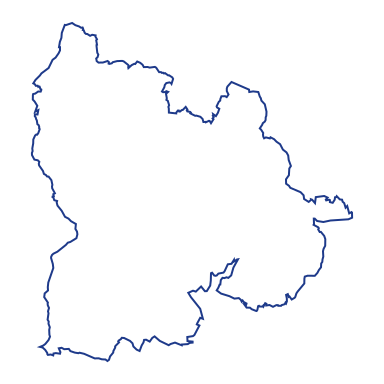 Unguras, Cluj, Romania (Mercator projection)
{"feature_id": "2599482B84898659298862", "entity_name": "Unguras", "entity_type": "district", "adm_level": 2, "iso_a3": "ROU", "parent_name": "Romania", "parent_adm1": "Cluj", "projection": "mercator", "projection_center": [24.051, 47.095], "detail": "fine", "context": "isolated", "style": "outline", "palette": "blue", "viewbox_px": 384, "rotation_deg": 0, "n_neighbors": 0, "source": "geoboundaries", "source_scale": "gbopen_adm2", "svg_char_len": 5836}
<svg xmlns="http://www.w3.org/2000/svg" viewBox="0 0 384 384"><path d="M47.9,354.9L50.8,354.5L53.2,355.4L53.5,353.5L55.8,353.1L60.0,353.7L60.4,352.1L58.8,348.3L61.6,347.8L64.2,349.2L68.8,348.9L70.4,351.1L74.8,352.6L78.4,353.2L79.5,352.7L84.1,353.8L94.7,358.4L98.7,358.3L101.8,359.3L105.5,359.5L107.4,361.0L109.0,359.8L110.1,356.4L113.2,352.6L113.4,351.0L115.2,347.6L115.1,346.6L115.5,345.9L119.0,342.4L118.2,341.4L118.6,340.6L120.8,339.2L121.8,337.8L124.1,338.0L130.0,340.9L132.5,343.3L133.4,346.5L136.6,349.6L139.6,351.0L141.7,345.4L143.5,342.4L144.1,339.9L146.1,339.7L149.7,341.6L152.3,337.9L154.6,336.4L159.8,340.9L168.7,345.2L170.6,344.0L175.0,342.6L181.8,345.3L181.9,344.5L187.8,344.1L189.7,342.9L192.6,342.6L192.6,341.6L187.5,341.1L187.3,337.0L193.0,336.1L194.4,335.0L199.4,325.5L196.8,324.4L197.3,323.2L200.2,317.8L202.9,318.8L200.2,308.8L190.9,297.1L188.3,292.8L193.0,290.7L195.8,291.6L201.1,286.5L204.9,291.2L206.8,291.1L210.2,285.6L210.8,280.6L211.0,273.2L212.1,272.7L214.2,275.5L215.5,275.8L216.7,275.5L218.4,273.6L223.5,272.6L224.6,271.2L227.8,264.3L231.5,263.8L234.0,259.8L234.2,261.4L236.9,259.5L238.0,259.3L233.4,267.6L231.2,275.4L228.3,277.9L226.5,277.3L224.4,278.1L222.5,277.8L220.8,280.1L220.3,284.5L219.6,284.6L218.4,287.6L216.7,290.4L221.1,293.6L229.5,296.2L234.4,298.6L238.8,298.1L240.8,299.8L241.7,301.6L242.6,300.5L243.7,302.0L246.5,303.5L246.2,304.7L244.2,304.3L246.6,307.6L250.0,307.7L251.7,309.2L256.0,310.9L256.6,311.0L257.4,309.8L258.1,306.2L259.0,305.8L259.6,306.5L262.5,306.6L263.2,305.7L263.5,306.4L265.2,303.2L266.4,303.8L266.3,305.5L269.5,305.0L273.0,306.8L276.4,305.1L277.9,305.1L278.2,305.8L281.1,305.8L281.7,305.1L284.7,304.2L285.5,302.6L286.1,303.4L286.9,301.2L286.8,298.2L286.1,294.9L287.8,294.1L288.8,296.9L289.5,296.5L291.7,299.5L294.6,297.8L295.3,296.9L296.4,293.4L297.6,291.6L304.3,283.5L304.4,278.5L304.8,276.6L307.7,275.7L314.8,275.8L317.4,272.9L318.9,270.0L321.0,267.3L321.2,263.5L322.3,261.9L322.5,259.5L323.3,256.6L323.0,251.2L323.6,248.8L325.2,245.8L325.3,239.1L324.2,235.9L320.9,231.9L319.7,232.0L318.2,229.4L318.8,228.2L318.2,227.3L313.6,224.8L314.0,224.1L313.8,218.6L314.7,218.6L317.1,221.0L323.4,222.0L330.5,220.5L348.4,219.3L352.1,217.7L352.0,212.6L351.5,212.1L349.2,213.4L347.2,206.0L345.6,207.7L344.2,203.1L342.6,201.7L342.1,199.7L339.8,199.4L336.7,196.2L336.3,197.1L335.0,197.3L334.7,199.7L332.7,202.8L329.9,202.1L329.9,200.1L329.1,199.7L326.2,200.4L325.8,199.6L327.6,197.6L324.2,196.0L315.8,197.1L315.0,203.1L312.1,199.7L311.0,199.3L311.1,199.8L308.7,201.9L304.1,199.0L303.6,195.3L300.6,192.2L290.3,187.8L289.0,185.8L286.1,183.7L286.0,179.3L288.9,175.2L289.3,168.5L290.9,166.0L288.7,160.0L288.2,155.5L286.5,152.4L282.9,149.6L280.1,144.2L276.5,141.7L274.1,139.2L270.5,137.3L269.9,138.4L265.9,137.4L264.1,138.3L263.3,136.7L263.0,134.7L263.2,133.0L261.2,129.8L259.8,128.4L262.2,124.8L262.8,123.2L264.8,121.6L265.6,120.0L265.7,117.3L266.3,115.8L266.5,111.7L264.8,104.3L261.4,100.6L260.8,98.2L259.8,96.6L258.3,92.0L253.1,91.4L249.3,92.0L249.0,89.6L231.5,82.0L227.4,86.6L226.8,88.4L226.8,91.1L228.5,94.5L226.7,97.1L225.1,96.2L221.4,96.3L220.3,99.2L220.2,100.6L218.8,101.8L216.6,106.3L217.0,107.4L219.3,108.8L217.9,112.8L215.9,116.1L213.1,114.1L213.3,115.1L212.8,115.7L213.7,117.1L212.6,118.4L213.5,119.2L211.0,123.2L209.7,121.0L209.0,120.8L205.8,122.3L205.6,121.9L203.4,122.0L202.6,119.0L200.4,116.8L196.3,115.6L195.2,115.8L190.4,113.4L190.9,112.7L190.2,111.9L187.3,111.4L186.8,110.3L187.5,109.8L187.3,109.3L185.7,106.9L182.8,109.9L181.7,110.1L180.1,111.5L179.2,111.5L178.8,110.5L177.9,110.5L176.2,112.7L176.2,113.4L168.9,112.6L168.8,108.5L168.4,106.9L169.1,105.2L167.8,100.8L166.4,99.9L166.8,98.2L166.0,93.8L168.1,91.9L166.3,91.2L165.8,92.0L163.1,92.2L162.0,91.5L164.3,87.3L164.8,85.0L166.3,83.1L169.4,82.4L170.9,83.0L171.5,83.9L173.1,78.9L172.3,77.4L169.1,75.3L168.2,75.4L165.0,73.1L164.0,73.5L163.0,72.7L161.9,72.9L161.0,72.1L159.1,72.1L156.2,67.7L154.9,66.9L149.7,67.6L147.6,67.0L143.8,67.1L142.6,64.8L140.2,62.8L137.2,61.5L135.2,64.0L134.3,63.8L131.7,65.1L128.4,68.1L128.2,67.1L128.6,65.5L127.9,64.7L123.6,61.3L122.1,60.9L117.1,61.1L112.8,62.2L111.8,63.3L109.4,63.9L108.6,63.6L108.9,62.1L107.6,61.0L103.0,62.5L98.5,62.6L96.7,61.1L96.2,58.5L97.6,57.1L98.3,54.6L97.3,52.8L96.5,45.8L96.6,44.8L97.0,44.7L96.2,40.3L97.0,39.3L95.4,36.5L95.6,35.4L92.2,34.8L90.1,35.8L87.3,34.0L85.9,33.9L84.7,32.8L83.7,30.2L82.8,30.0L83.1,28.5L82.6,27.5L81.2,27.8L79.0,26.4L75.4,25.2L72.1,23.0L65.9,25.1L64.8,24.9L61.8,32.9L61.4,37.9L59.9,41.8L59.0,47.2L60.0,47.2L60.0,50.4L58.6,53.3L55.6,57.6L52.6,59.8L48.6,68.0L41.4,73.4L39.9,75.5L35.5,79.9L33.3,83.4L34.8,84.2L35.8,85.8L37.6,85.7L38.2,86.8L38.7,86.4L39.6,86.6L40.4,89.0L41.3,89.5L41.3,90.0L40.7,91.6L38.2,91.5L35.2,93.6L33.2,94.0L32.9,95.0L32.8,99.6L34.6,101.5L37.3,105.8L35.2,111.7L38.3,110.1L37.5,114.5L34.9,114.3L34.8,116.2L35.7,117.4L36.2,119.3L36.8,120.3L37.4,124.2L38.7,125.2L39.3,127.1L39.0,128.0L39.7,129.1L38.2,133.3L37.1,134.7L36.3,134.5L35.1,135.5L33.3,139.5L33.2,143.4L32.3,148.5L32.6,151.1L31.9,153.0L32.0,155.1L34.4,159.6L37.8,160.3L39.3,161.8L38.8,163.7L39.1,165.4L43.0,171.0L43.9,173.9L45.9,175.0L47.1,176.5L48.6,176.6L51.4,180.2L52.4,184.9L52.0,186.3L52.2,188.3L54.9,193.3L53.3,194.2L53.8,196.3L52.6,196.5L52.5,197.0L53.3,197.4L54.3,200.2L57.1,201.0L56.7,202.6L57.5,205.6L61.7,210.8L65.0,216.8L68.5,218.6L71.0,221.2L75.9,224.0L75.4,228.9L77.0,231.6L77.4,234.3L76.4,238.2L70.2,242.0L67.8,242.7L65.9,244.9L57.4,251.7L53.4,253.7L52.0,255.0L51.1,257.0L51.1,258.1L52.8,263.9L53.3,268.0L48.3,282.5L47.8,287.1L48.0,290.5L44.7,293.4L44.2,297.1L47.9,302.6L47.6,303.7L47.8,305.3L49.0,308.0L48.0,311.3L48.5,313.3L47.6,319.7L48.7,321.5L48.5,323.8L49.8,327.2L49.2,329.9L49.4,334.7L50.0,336.7L48.5,340.1L45.3,344.0L43.3,345.5L40.0,346.9L42.6,347.5L45.2,349.9L47.2,352.9L47.4,354.3L47.9,354.9Z" fill="none" stroke="#1e3a8a" stroke-width="2"/></svg>